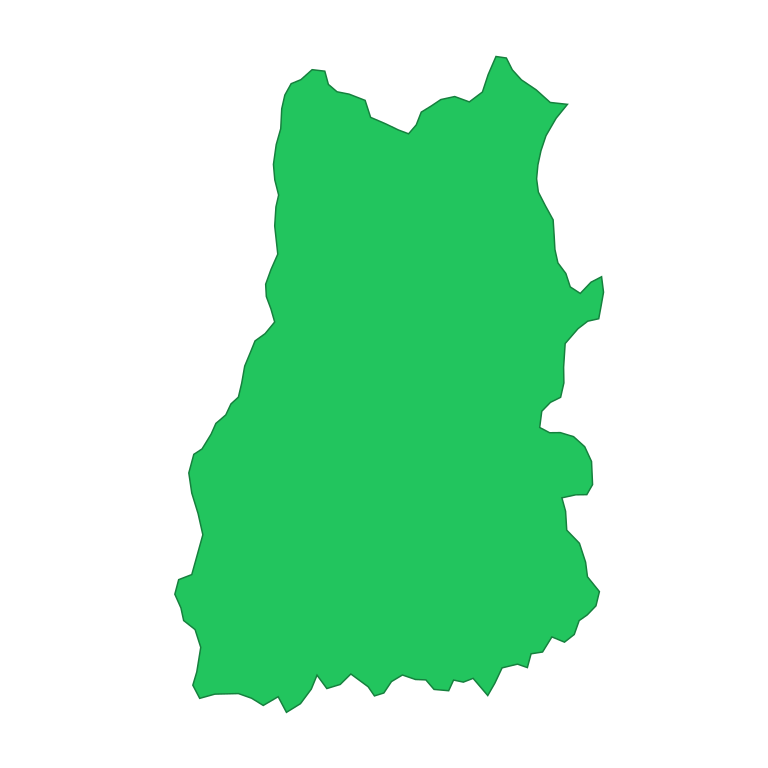 Arceburgo, Minas Gerais, Brazil, rotated 355°
{"feature_id": "56859067B4673789538308", "entity_name": "Arceburgo", "entity_type": "district", "adm_level": 2, "iso_a3": "BRA", "parent_name": "Brazil", "parent_adm1": "Minas Gerais", "projection": "equal_earth", "projection_center": [-46.936, -21.353], "detail": "fine", "context": "isolated", "style": "filled", "palette": "green", "viewbox_px": 768, "rotation_deg": 355, "n_neighbors": 0, "source": "geoboundaries", "source_scale": "gbopen_adm2", "svg_char_len": 1945}
<svg xmlns="http://www.w3.org/2000/svg" viewBox="0 0 768 768"><g transform="rotate(355 384 384)"><path d="M591.1,121.4L574.1,118.0L561.3,104.3L547.4,93.0L539.2,82.2L534.3,69.9L524.1,67.5L514.7,84.9L507.5,101.7L493.6,110.4L479.5,103.8L465.4,105.6L455.4,111.1L444.8,116.4L438.7,128.7L430.3,136.9L420.5,132.2L408.9,125.3L393.9,117.2L389.9,99.8L374.5,92.2L362.7,88.8L354.7,80.7L352.3,67.2L339.8,64.6L327.7,73.6L317.7,76.7L310.4,87.5L306.1,100.9L303.4,120.6L297.5,136.1L293.0,155.6L293.0,171.1L295.5,186.6L291.8,198.1L288.9,217.0L289.5,245.4L281.4,260.1L274.8,274.3L274.4,286.7L277.9,299.3L280.5,312.7L269.9,323.5L259.3,329.8L253.8,340.6L246.8,354.0L242.3,370.8L237.8,384.4L229.8,390.5L223.7,401.0L213.1,408.6L207.4,418.9L197.1,432.8L188.4,437.5L181.8,455.6L183.0,475.9L187.5,496.9L190.4,518.4L175.9,557.1L162.4,561.0L157.3,575.2L162.2,589.4L163.8,602.2L174.4,612.2L178.5,630.4L172.4,654.5L167.3,667.4L173.0,681.1L188.5,678.2L212.0,679.7L224.7,685.5L235.7,693.7L251.3,686.3L258.2,702.6L272.9,695.2L285.0,681.6L291.9,668.2L300.5,682.4L314.2,679.5L325.7,670.0L341.8,684.2L347.3,693.9L356.9,691.8L365.5,681.1L377.0,675.5L389.6,681.1L399.9,682.4L407.2,692.6L421.7,695.2L427.5,685.0L437.1,687.9L447.1,685.0L460.2,703.4L468.3,691.8L476.9,677.1L492.5,674.7L502.1,679.0L507.0,665.6L518.6,664.8L529.2,650.6L541.3,656.9L551.7,650.1L557.8,636.7L566.4,631.7L575.8,623.5L580.5,609.6L569.9,593.8L569.3,579.1L564.8,559.7L553.3,545.5L553.8,526.6L551.3,512.9L565.4,511.1L576.4,511.9L583.0,502.4L584.0,479.3L578.5,464.0L568.3,453.0L555.4,447.8L544.8,447.0L535.3,440.9L538.8,424.9L548.2,416.8L558.8,412.6L563.3,398.6L564.4,382.9L568.0,359.5L582.1,345.8L592.4,339.2L603.6,337.7L607.1,325.1L610.7,311.7L610.1,296.1L599.1,300.6L587.4,310.9L578.0,303.5L574.8,289.8L567.8,278.5L566.0,264.9L566.4,252.0L566.8,235.2L560.3,220.5L554.5,206.3L553.9,192.9L556.4,179.2L560.7,165.3L567.0,150.8L578.6,134.3L591.1,121.4Z" fill="#22c55e" stroke="#15803d" stroke-width="1.5"/></g></svg>